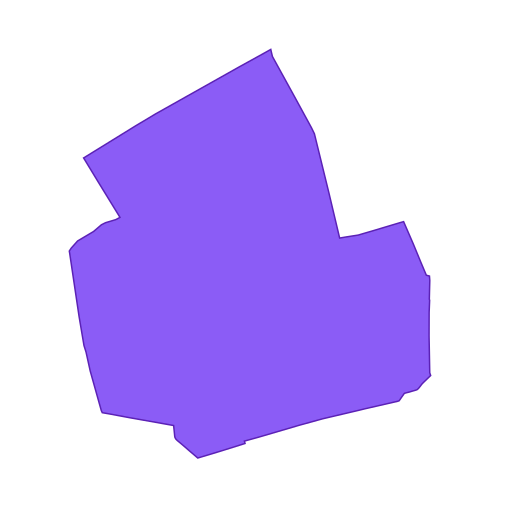 Calinesti, Teleorman, Romania (Mercator projection), rotated 96°
{"feature_id": "2599482B33881241213491", "entity_name": "Calinesti", "entity_type": "district", "adm_level": 2, "iso_a3": "ROU", "parent_name": "Romania", "parent_adm1": "Teleorman", "projection": "mercator", "projection_center": [25.227, 44.113], "detail": "fine", "context": "isolated", "style": "filled", "palette": "violet", "viewbox_px": 512, "rotation_deg": 96, "n_neighbors": 0, "source": "geoboundaries", "source_scale": "gbopen_adm2", "svg_char_len": 1238}
<svg xmlns="http://www.w3.org/2000/svg" viewBox="0 0 512 512"><g transform="rotate(96 256 256)"><path d="M270.6,442.2L273.1,441.5L334.8,425.6L363.1,417.7L369.3,415.0L387.6,408.9L425.9,393.7L427.9,392.5L428.4,385.1L430.0,365.1L430.2,362.4L430.7,355.2L433.2,320.2L443.8,318.0L445.0,317.6L446.4,316.6L447.1,315.8L447.8,314.9L450.6,310.7L456.8,301.8L463.0,292.8L454.2,271.8L443.6,247.3L441.3,248.2L435.8,234.2L419.8,195.3L410.9,172.6L398.8,137.9L396.6,131.8L385.6,99.7L385.0,98.5L381.0,96.3L377.1,94.1L376.2,91.9L375.6,90.2L375.2,89.1L374.0,86.3L373.3,84.5L372.8,83.3L372.4,82.4L372.2,82.0L371.9,81.6L371.0,80.8L370.2,80.2L368.0,78.8L366.8,78.1L365.6,77.3L364.0,76.0L356.6,69.8L354.0,71.0L317.6,75.5L294.1,77.9L281.8,78.7L280.9,79.1L267.3,80.2L262.2,80.6L257.8,81.4L257.3,84.6L244.8,91.5L227.8,100.7L206.4,112.8L207.8,116.3L213.6,130.2L218.5,141.9L223.0,152.9L224.5,156.5L225.0,158.4L227.6,168.2L229.4,174.7L185.0,190.3L128.3,210.7L122.7,214.2L92.7,234.9L55.9,260.5L51.4,262.1L49.0,262.9L52.9,268.4L69.7,292.5L125.0,370.5L138.8,388.9L168.0,426.7L169.1,428.1L176.5,437.7L199.2,420.4L231.8,395.3L234.5,399.3L238.6,409.1L241.1,413.0L248.6,420.1L259.7,435.0L267.5,440.6L270.6,442.2Z" fill="#8b5cf6" stroke="#5b21b6" stroke-width="1.5"/></g></svg>